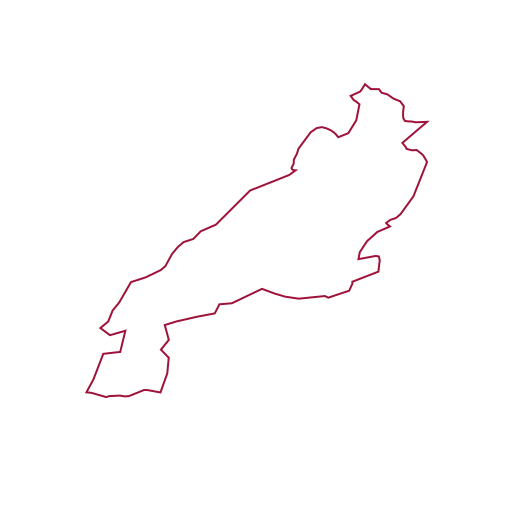 Ogre, Equal Earth projection, rotated 326°
{"feature_id": "LVA-1088", "entity_name": "Ogre", "entity_type": "Municipality", "adm_level": 1, "iso_a3": "LVA", "parent_name": "Latvia", "parent_adm1": "", "projection": "equal_earth", "projection_center": [25.166, 56.846], "detail": "fine", "context": "isolated", "style": "outline", "palette": "rose", "viewbox_px": 512, "rotation_deg": 326, "n_neighbors": 0, "source": "natural_earth", "source_scale": "10m", "svg_char_len": 1566}
<svg xmlns="http://www.w3.org/2000/svg" viewBox="0 0 512 512"><g transform="rotate(326 256 256)"><path d="M433.8,177.9L435.5,177.6L442.4,174.6L444.5,181.8L451.2,186.4L451.5,191.0L455.3,195.4L458.0,202.4L462.0,208.3L462.3,214.5L458.6,218.7L456.4,221.9L455.1,224.4L455.0,227.3L457.2,229.3L460.3,231.6L463.1,234.4L472.8,240.4L440.6,244.1L441.1,249.7L440.7,251.4L444.4,255.6L448.4,257.9L450.1,262.8L450.9,266.3L450.4,273.7L420.0,294.5L399.3,302.1L393.4,302.8L387.6,301.2L382.4,301.4L382.6,303.2L383.6,306.4L370.1,303.9L356.3,305.8L344.1,310.9L339.2,315.9L355.3,322.9L357.6,325.1L356.9,326.7L356.4,328.5L348.7,337.4L321.5,331.2L320.5,332.8L313.8,336.9L302.9,333.8L292.7,331.0L290.7,327.7L267.6,315.3L257.5,306.1L250.5,297.6L242.6,286.6L226.6,284.2L209.6,281.7L198.7,275.6L189.7,280.5L172.7,273.2L153.8,265.9L141.8,262.2L136.8,276.8L124.8,280.5L126.8,291.5L116.8,303.7L100.5,315.7L91.2,306.6L88.3,304.5L79.8,302.7L72.0,301.0L68.3,298.7L65.1,295.6L56.0,290.1L52.9,289.2L43.0,277.4L39.2,274.2L52.2,267.4L74.7,251.7L89.8,259.6L105.9,244.9L90.7,240.0L86.7,228.7L96.8,227.7L106.7,221.0L116.7,218.0L137.8,207.7L152.5,212.0L169.1,214.4L175.0,213.8L187.7,207.3L196.4,204.8L203.8,204.0L213.5,206.8L224.1,204.6L240.3,207.6L287.8,198.4L328.8,207.4L336.7,207.1L335.2,205.9L334.4,204.5L334.7,202.9L339.0,200.4L341.2,197.3L347.0,194.2L351.2,190.8L370.5,184.0L377.8,183.9L382.7,186.0L385.9,189.7L388.3,193.6L389.7,197.2L390.3,199.9L390.6,203.5L401.2,205.8L415.0,199.6L426.6,188.1L425.4,183.9L424.2,181.4L424.0,176.2L433.8,177.9Z" fill="none" stroke="#9f1239" stroke-width="2"/></g></svg>